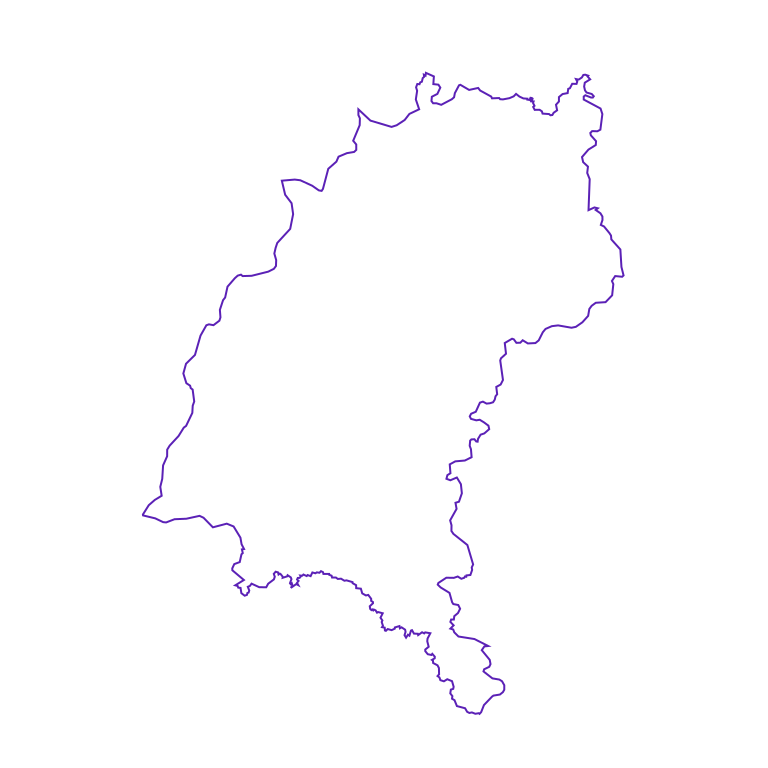 Sanggau, Kalimantan Barat, Indonesia, rotated 184°
{"feature_id": "22746128B74989070523542", "entity_name": "Sanggau", "entity_type": "district", "adm_level": 2, "iso_a3": "IDN", "parent_name": "Indonesia", "parent_adm1": "Kalimantan Barat", "projection": "albers", "projection_center": [110.5, 0.351], "detail": "fine", "context": "isolated", "style": "outline", "palette": "violet", "viewbox_px": 768, "rotation_deg": 184, "n_neighbors": 0, "source": "geoboundaries", "source_scale": "gbopen_adm2", "svg_char_len": 6133}
<svg xmlns="http://www.w3.org/2000/svg" viewBox="0 0 768 768"><g transform="rotate(184 384 384)"><path d="M261.8,129.9L276.0,135.9L292.1,137.3L296.6,141.2L297.8,143.9L300.7,144.6L297.7,148.1L301.2,151.3L300.6,153.7L297.9,153.9L297.7,157.3L294.2,160.7L292.4,165.1L294.5,168.7L299.5,169.3L300.8,171.0L304.1,180.2L313.3,185.0L316.4,187.6L315.9,189.3L308.3,195.1L300.8,195.5L297.0,197.1L293.3,195.1L290.4,196.3L289.9,197.6L288.5,197.5L288.4,198.8L284.5,199.5L283.1,204.7L283.7,207.1L282.5,210.2L289.6,229.2L304.3,239.3L306.5,242.1L306.8,247.8L308.5,252.6L302.9,264.5L304.4,270.5L301.0,271.8L298.7,280.4L300.3,289.4L304.8,295.8L311.1,292.6L315.1,293.8L314.4,297.5L311.5,299.6L312.8,308.4L307.5,311.8L298.0,313.3L291.5,317.1L292.7,325.0L294.2,328.3L294.1,333.5L293.0,334.8L289.9,335.2L288.0,333.1L286.6,333.0L286.4,335.8L284.1,340.2L280.5,341.7L275.9,346.3L276.9,349.7L281.6,352.7L286.0,355.0L289.4,354.2L294.8,355.3L296.2,357.7L295.0,360.4L290.5,362.7L287.0,372.1L284.1,373.3L280.3,371.6L277.0,372.2L273.9,373.4L272.4,376.2L271.9,379.5L270.4,381.7L271.8,388.9L267.6,391.6L265.6,396.3L269.7,415.6L269.1,417.8L264.4,422.7L266.4,433.3L259.4,438.1L257.6,437.6L254.8,434.3L250.9,434.7L248.7,437.3L243.3,434.5L235.8,435.4L232.7,438.3L229.2,446.7L226.7,450.2L220.6,453.4L214.4,454.6L200.9,453.2L196.6,454.4L190.4,459.4L185.1,466.2L184.4,473.2L182.3,476.5L178.4,479.8L168.7,481.1L162.6,488.4L162.2,499.6L163.8,502.7L160.9,507.8L153.9,507.6L152.6,509.0L155.3,517.3L157.6,534.7L167.3,544.1L167.9,547.9L169.6,550.2L175.5,556.5L178.8,557.8L177.5,562.8L177.8,566.3L180.0,569.4L185.0,572.4L183.0,574.2L186.4,574.8L192.1,571.7L193.1,602.7L196.0,608.7L195.7,615.1L200.8,619.2L202.3,624.2L196.4,632.1L189.4,637.2L189.4,641.0L195.0,646.5L195.7,648.8L194.0,650.8L188.8,651.0L185.9,652.8L185.0,668.5L187.2,673.9L204.6,681.7L204.8,684.7L203.3,686.1L197.4,684.2L195.7,684.3L194.8,685.7L197.0,687.8L202.3,688.9L204.0,691.0L205.1,694.7L204.7,698.6L199.6,702.3L202.4,705.0L201.8,705.8L204.9,706.6L206.7,706.2L208.0,703.6L211.1,701.2L213.8,701.6L212.3,699.1L212.9,696.8L217.2,696.6L219.2,692.0L220.8,691.3L221.1,687.0L226.1,685.7L229.5,682.4L229.2,678.0L231.9,674.6L230.4,669.1L233.7,666.4L234.8,664.1L236.7,663.7L238.2,664.8L244.7,664.8L245.5,667.0L247.9,668.4L252.8,668.0L254.5,670.8L253.3,672.0L254.9,674.7L254.5,676.3L256.3,676.2L255.7,679.1L256.5,679.6L257.5,679.7L257.9,677.7L258.3,678.4L258.6,677.5L260.9,677.7L260.9,678.6L264.9,678.6L269.0,680.2L272.5,682.6L274.7,680.0L278.8,677.9L285.2,676.2L288.0,676.2L289.1,677.3L296.2,676.5L297.1,678.2L308.6,683.5L310.7,685.9L319.6,683.3L328.7,687.8L330.0,687.2L333.6,679.1L334.1,674.9L336.2,672.8L346.4,666.5L351.2,667.7L354.6,667.5L356.4,669.6L356.3,673.9L351.0,677.1L348.5,683.6L350.6,686.4L355.7,686.6L355.7,694.3L363.9,697.3L364.1,694.5L365.8,695.3L365.4,693.2L366.7,691.9L367.3,688.2L368.9,687.4L369.5,685.5L371.7,685.6L372.7,682.2L371.4,678.8L372.1,670.1L368.1,660.5L377.5,655.2L381.8,648.8L389.4,643.0L394.4,641.0L415.9,645.8L428.7,656.2L428.3,650.5L426.6,647.4L426.3,640.5L431.7,624.5L428.4,621.0L428.0,615.6L430.0,613.4L437.1,611.7L445.2,607.6L447.0,602.5L454.6,594.8L458.5,574.4L459.7,572.3L462.5,572.6L469.5,576.8L481.7,581.4L487.3,581.7L500.1,579.7L495.8,565.9L488.8,557.9L486.5,547.1L488.4,532.2L500.3,517.3L501.6,512.3L502.5,506.5L500.2,500.1L500.0,494.2L501.9,491.2L507.3,488.0L523.6,482.7L532.6,481.8L534.3,483.1L537.5,481.9L540.2,479.1L546.9,470.2L548.5,459.2L550.4,456.4L552.9,446.5L551.8,439.1L552.6,435.7L558.2,430.8L562.8,431.3L565.3,430.2L570.4,419.5L574.6,399.8L582.9,390.4L584.9,380.5L581.2,371.0L577.3,368.8L576.5,366.4L574.5,365.1L572.1,353.3L573.3,349.0L573.2,341.8L578.5,328.4L580.7,326.5L585.3,317.8L593.5,307.6L595.7,303.4L595.3,296.8L598.7,287.4L598.6,273.9L600.0,265.8L598.0,257.0L604.4,252.5L610.2,246.7L615.4,237.0L615.2,236.1L602.8,234.0L594.7,230.8L591.7,230.7L583.5,234.5L571.8,235.8L558.8,239.6L554.7,238.0L544.7,229.1L531.1,233.7L524.1,231.4L516.5,220.7L514.9,214.2L512.1,209.6L514.2,209.1L513.1,205.5L514.3,204.2L515.5,196.3L520.8,193.9L522.5,189.5L522.3,187.6L510.1,178.7L518.3,172.8L515.9,172.3L515.2,170.7L512.9,170.6L511.7,165.4L508.2,163.1L506.0,164.1L505.7,166.0L504.5,166.5L504.0,168.6L505.7,172.2L503.7,173.2L502.2,175.6L494.3,172.6L487.3,173.0L485.6,176.7L480.2,181.4L479.5,184.1L480.7,186.9L479.0,189.2L476.6,188.7L475.9,186.6L474.7,187.6L473.8,187.1L471.5,184.6L471.6,183.6L467.1,185.4L466.8,186.5L463.5,184.6L462.7,182.9L463.9,178.7L463.1,177.8L462.1,178.8L461.3,176.8L462.7,174.1L457.6,178.3L455.5,177.4L456.9,179.6L455.5,181.6L457.1,182.9L456.5,184.5L454.7,184.7L453.5,186.3L454.1,187.1L452.1,187.1L451.1,188.3L447.7,187.0L446.9,188.1L443.8,187.2L442.3,191.0L439.2,190.4L437.9,191.4L435.2,191.2L433.8,192.9L431.7,192.0L431.2,190.3L425.5,190.7L425.4,189.9L422.9,189.1L422.3,187.3L418.5,187.6L416.5,186.3L413.3,186.8L409.8,185.0L407.7,185.5L401.6,184.2L401.4,183.1L397.8,181.4L397.5,178.4L392.8,178.2L391.1,173.6L387.3,171.8L385.0,172.5L381.8,168.8L381.7,166.8L379.8,165.7L379.7,164.5L382.7,161.3L382.1,158.7L380.8,157.6L380.0,158.3L379.0,157.4L378.4,158.3L376.6,157.6L375.0,155.4L374.0,156.1L369.3,155.2L371.2,150.6L369.1,148.0L369.7,146.4L368.2,142.8L369.0,141.3L366.3,141.0L365.9,138.2L364.9,137.9L363.2,139.8L359.2,139.0L356.2,140.7L356.2,141.9L351.7,143.6L351.1,141.4L349.5,142.5L345.8,140.4L345.2,138.2L346.0,134.9L344.3,132.5L342.6,135.6L341.1,134.7L339.9,139.9L338.9,140.4L336.7,137.1L332.8,137.2L332.4,135.9L328.7,139.0L326.5,138.0L325.6,139.1L320.4,138.6L322.8,133.1L322.9,130.4L321.1,125.0L324.3,122.0L324.2,120.4L321.5,117.5L317.8,117.0L317.0,118.2L314.3,115.5L314.3,113.9L316.9,112.1L315.9,111.5L315.5,109.1L311.0,107.1L309.4,104.5L308.8,98.2L310.2,96.4L308.2,95.1L307.1,92.5L303.5,91.6L300.3,93.9L295.4,92.3L293.4,86.8L293.7,84.7L296.0,83.8L296.3,80.0L294.0,77.4L294.2,74.8L291.6,73.5L288.8,67.8L280.5,66.2L278.2,62.8L275.9,61.8L273.4,62.5L269.9,61.4L266.5,62.2L265.7,61.6L264.2,63.4L261.9,70.7L254.4,79.7L253.1,80.8L246.7,82.3L243.9,84.9L242.7,87.4L243.0,91.9L245.5,95.7L248.3,97.2L255.3,97.9L264.7,104.2L264.2,106.4L259.3,109.2L258.2,112.0L259.3,116.2L267.9,125.3L265.6,129.2L261.8,129.9Z" fill="none" stroke="#5b21b6" stroke-width="2"/></g></svg>